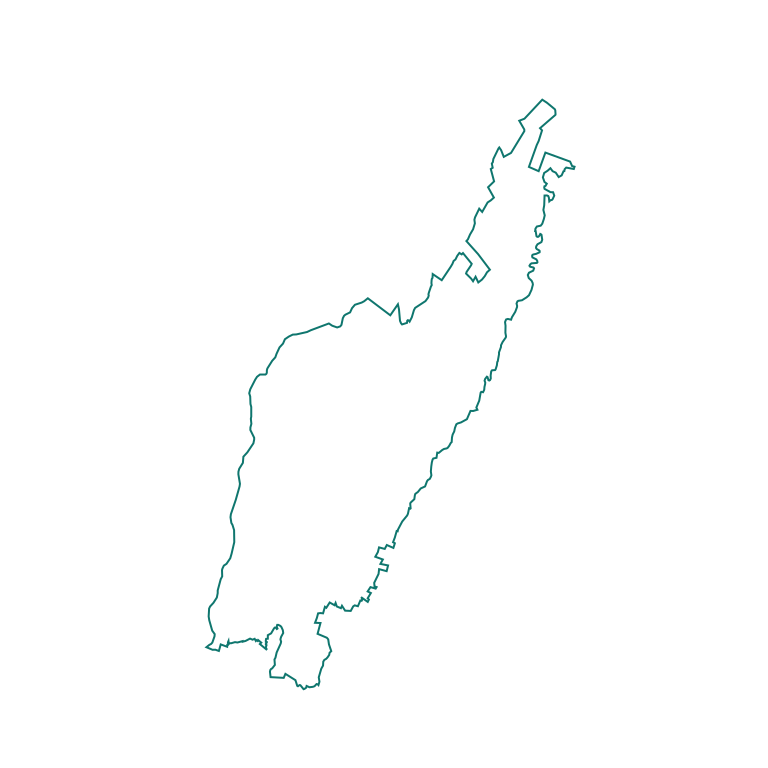 the district of Tuxtla Chico, Chiapas, Mexico, rotated 195°
{"feature_id": "50627088B6965194159018", "entity_name": "Tuxtla Chico", "entity_type": "district", "adm_level": 2, "iso_a3": "MEX", "parent_name": "Mexico", "parent_adm1": "Chiapas", "projection": "equal_earth", "projection_center": [-92.217, 14.877], "detail": "fine", "context": "isolated", "style": "outline", "palette": "teal", "viewbox_px": 768, "rotation_deg": 195, "n_neighbors": 0, "source": "geoboundaries", "source_scale": "gbopen_adm2", "svg_char_len": 6110}
<svg xmlns="http://www.w3.org/2000/svg" viewBox="0 0 768 768"><g transform="rotate(195 384 384)"><path d="M487.4,83.8L480.8,82.9L478.2,83.7L474.4,83.4L474.3,90.2L467.5,89.6L467.9,91.7L467.2,92.4L467.9,94.1L467.7,95.5L466.6,92.7L466.1,93.7L464.6,94.0L461.1,96.1L458.6,96.4L454.0,99.1L453.8,98.5L451.2,100.0L447.5,103.4L444.8,103.0L443.0,104.4L441.3,102.6L440.8,103.6L439.5,103.1L439.3,104.1L435.6,102.4L436.6,100.7L429.0,97.2L428.8,97.6L430.0,98.9L429.9,101.4L430.7,101.7L430.9,102.4L430.3,104.0L430.5,104.5L431.4,104.4L431.8,105.8L431.9,107.3L430.3,107.9L431.2,111.3L428.5,113.9L427.0,119.4L426.5,120.4L425.5,120.7L424.1,119.6L423.6,120.2L424.8,121.7L424.8,123.7L423.8,124.0L421.4,123.5L420.1,122.6L418.0,120.0L416.9,117.4L417.9,113.3L418.0,111.4L417.9,110.4L416.7,108.5L416.6,106.6L418.2,96.9L418.0,91.5L418.5,89.6L416.7,84.4L418.4,80.4L419.3,79.5L419.8,78.3L419.7,76.6L417.7,71.5L404.8,74.2L404.2,78.5L392.9,75.0L389.7,70.0L388.9,69.8L387.7,71.3L386.8,71.4L382.7,68.4L381.9,68.9L380.6,70.5L380.6,72.3L377.5,71.8L374.3,73.1L372.9,74.1L371.5,76.7L370.4,76.8L369.4,76.2L369.3,79.7L371.1,83.8L370.9,92.8L370.0,96.2L370.8,100.1L370.2,102.1L368.7,103.6L367.8,105.3L366.8,108.1L367.0,110.3L365.8,112.3L369.8,118.3L371.8,122.9L373.5,124.1L383.5,125.5L383.5,136.7L388.8,135.5L388.3,140.6L388.3,145.4L386.1,146.3L383.5,146.7L383.4,153.5L381.8,152.9L379.9,158.9L374.5,157.5L374.1,160.0L372.0,156.9L367.6,156.3L367.2,158.9L362.9,155.0L357.4,156.2L356.2,161.2L355.0,162.6L351.7,162.6L350.8,168.8L349.5,168.8L349.2,169.9L350.2,171.7L351.0,172.2L343.3,169.3L342.8,171.9L344.3,172.8L342.6,178.7L346.1,179.4L344.5,184.3L339.1,184.2L338.6,185.9L340.8,186.1L342.0,189.4L340.1,199.1L340.8,203.9L333.0,203.9L333.1,209.8L340.9,209.3L339.7,214.2L347.7,214.9L346.4,220.0L346.5,224.9L340.6,224.9L339.6,229.2L332.5,228.1L332.3,233.0L334.3,233.5L333.8,238.5L333.7,245.3L332.7,245.3L332.8,247.1L330.8,255.9L327.6,263.0L327.3,264.9L327.6,270.5L326.4,270.3L326.1,270.7L327.7,275.2L327.6,276.3L324.9,280.6L325.4,284.6L325.3,286.0L323.3,288.5L321.5,292.6L317.8,295.7L317.3,301.2L316.7,302.7L315.2,304.2L314.7,306.5L314.6,308.1L316.1,311.6L317.0,316.6L317.5,320.7L317.5,323.6L317.1,324.8L314.2,326.3L314.8,331.5L313.3,331.6L310.6,335.4L309.2,336.8L306.8,338.0L306.0,338.8L305.0,341.2L304.3,344.2L303.6,345.4L304.5,350.0L304.6,352.9L303.9,356.4L304.1,359.9L303.7,363.8L302.6,365.0L299.7,366.8L294.8,371.5L293.5,380.4L290.9,381.0L287.1,383.3L288.7,385.2L287.7,392.6L288.4,400.6L288.0,401.6L286.2,401.7L285.7,404.4L286.2,407.1L286.3,410.2L286.6,411.7L287.7,413.2L287.6,415.2L286.5,417.7L285.8,417.5L284.1,414.7L283.2,414.6L282.6,415.2L282.3,416.9L283.2,419.9L283.7,423.9L283.2,425.2L280.3,426.2L280.0,426.9L279.8,431.2L280.3,434.6L280.0,435.3L280.6,442.6L281.1,444.2L280.6,450.0L281.0,451.7L280.3,455.3L278.4,460.5L278.5,461.7L280.0,464.9L281.7,471.8L283.1,475.1L282.9,477.2L282.7,478.0L281.2,478.9L277.9,479.0L277.7,481.6L275.9,487.7L275.4,492.8L275.7,494.1L276.8,496.0L276.5,498.3L275.8,499.1L272.4,500.6L268.7,504.6L266.9,507.3L265.9,513.1L265.9,518.5L266.6,520.1L268.2,522.0L271.6,523.8L273.3,526.5L272.8,529.0L269.2,532.1L269.0,534.6L269.8,535.2L273.2,535.1L274.1,535.8L273.7,537.4L272.8,538.7L267.7,540.5L267.3,541.2L267.8,542.5L269.1,543.8L273.4,544.7L274.1,546.0L274.0,547.1L273.4,547.7L270.7,549.1L267.8,551.5L268.0,552.7L268.7,553.2L271.4,553.9L272.4,554.8L272.6,556.4L271.9,558.7L268.7,561.8L268.5,564.3L270.5,568.9L271.3,569.3L271.9,569.4L272.3,567.4L273.0,566.2L274.0,565.8L275.0,566.3L277.1,571.0L277.6,570.9L277.9,573.3L277.1,575.7L273.6,577.5L272.6,579.8L272.3,584.6L272.4,588.5L275.1,593.4L275.5,598.1L277.7,607.6L275.4,608.3L274.0,608.1L273.0,606.7L271.6,603.2L270.7,604.7L269.6,605.1L269.0,606.0L268.3,610.0L270.3,613.0L272.8,612.4L279.4,614.0L280.1,615.3L280.2,616.5L279.3,617.1L278.6,619.6L281.3,620.7L284.0,624.7L283.9,629.3L281.2,632.3L279.1,635.5L276.2,633.2L272.8,632.6L268.8,629.1L266.4,631.5L265.7,635.9L264.9,636.3L265.1,638.2L264.0,640.2L256.3,640.8L256.2,643.2L258.7,643.2L261.8,647.0L288.0,649.3L289.7,629.6L300.2,631.2L298.3,654.3L297.5,658.8L297.0,669.9L299.5,671.5L288.1,688.3L288.1,688.9L289.4,692.7L290.1,693.6L299.3,697.8L304.7,699.6L317.0,676.6L321.5,673.3L314.4,666.2L313.9,664.6L321.1,640.1L327.1,634.4L331.4,640.2L333.9,642.3L334.4,641.1L336.6,629.7L336.3,626.4L336.9,624.8L335.0,621.0L336.5,619.3L330.1,608.2L334.4,601.0L326.1,592.5L328.3,589.1L330.9,586.2L333.7,575.6L337.4,578.0L339.2,568.5L339.2,566.1L337.8,562.7L338.0,556.5L339.6,550.7L340.4,545.4L341.4,543.4L326.7,533.8L311.3,521.8L313.4,518.6L314.6,514.2L316.4,510.2L319.2,506.5L323.3,511.3L324.6,506.3L327.0,508.3L333.3,511.9L333.2,513.7L330.6,521.3L330.4,522.8L341.6,530.9L342.5,529.3L345.1,530.1L346.4,526.8L347.2,522.8L348.6,520.9L349.0,517.7L349.9,514.5L355.1,499.2L365.4,502.8L364.6,499.1L365.0,498.0L364.9,496.7L364.3,493.7L363.5,491.9L363.9,490.2L364.3,484.0L364.3,482.2L363.7,481.0L363.8,478.9L365.4,474.8L373.6,465.6L374.2,463.1L374.4,455.6L375.4,450.9L376.6,451.8L377.5,451.8L377.9,451.2L377.6,449.0L382.0,446.2L383.3,447.1L384.9,449.2L388.9,460.1L391.2,464.6L395.7,452.0L421.8,462.6L424.6,458.8L426.6,456.9L432.6,453.0L434.5,449.0L435.3,444.4L439.2,441.0L440.2,439.6L440.8,436.9L440.4,430.1L441.2,428.3L443.9,426.5L449.1,426.9L452.9,428.2L468.6,417.0L471.8,414.3L481.5,409.2L484.9,408.1L488.2,405.2L491.3,401.6L492.0,396.9L494.4,392.3L495.6,385.4L495.9,381.6L498.0,377.5L500.7,368.8L500.7,367.0L500.1,364.5L500.3,363.3L500.9,362.5L506.3,361.0L508.5,358.1L509.5,355.0L511.8,344.3L511.8,340.2L510.0,337.3L507.8,330.1L506.3,327.5L503.8,318.2L503.6,315.9L501.8,311.2L501.8,307.5L501.2,305.0L495.5,298.5L495.0,296.6L494.8,292.9L498.3,282.6L501.0,277.4L499.9,271.3L501.9,264.7L501.9,261.6L501.3,259.1L497.3,250.3L497.0,247.6L497.2,233.7L498.2,218.6L497.8,215.6L495.5,210.3L493.9,208.7L491.0,204.1L487.7,192.5L487.3,180.6L487.4,175.9L489.6,169.5L491.7,167.1L492.3,163.8L492.3,162.3L490.5,156.3L491.2,153.1L491.2,141.6L490.5,138.9L490.2,134.5L492.1,128.5L494.4,124.1L494.8,121.8L493.2,114.1L491.6,110.5L486.1,101.3L482.8,98.6L482.4,96.4L482.9,89.8L483.7,88.2L485.2,86.8L487.4,83.8Z" fill="none" stroke="#0f766e" stroke-width="2"/></g></svg>